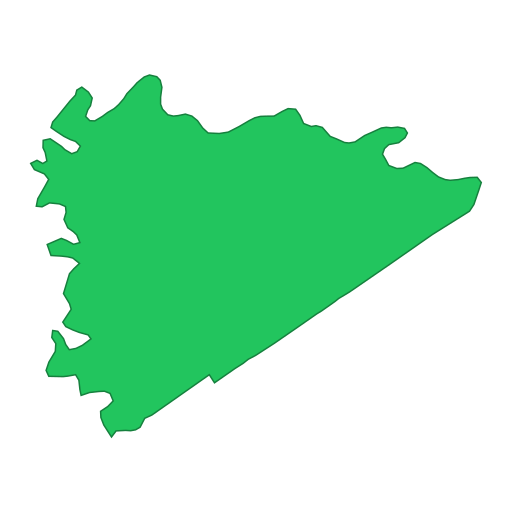 São João do Ivaí, Paraná, Brazil
{"feature_id": "56859067B54010938488243", "entity_name": "São João do Ivaí", "entity_type": "district", "adm_level": 2, "iso_a3": "BRA", "parent_name": "Brazil", "parent_adm1": "Paraná", "projection": "robinson", "projection_center": [-51.872, -24.002], "detail": "fine", "context": "isolated", "style": "filled", "palette": "green", "viewbox_px": 512, "rotation_deg": 0, "n_neighbors": 0, "source": "geoboundaries", "source_scale": "gbopen_adm2", "svg_char_len": 2392}
<svg xmlns="http://www.w3.org/2000/svg" viewBox="0 0 512 512"><path d="M111.5,437.0L116.1,430.9L125.5,430.4L130.7,430.7L135.6,429.8L140.1,427.2L144.7,418.3L151.9,415.0L209.3,374.7L214.5,382.8L235.0,368.5L243.3,363.2L248.2,359.3L255.6,355.4L274.3,343.3L297.2,327.5L316.7,313.9L321.6,310.9L334.8,301.6L338.8,298.4L349.3,292.1L390.0,264.1L432.4,234.5L469.5,211.2L473.9,204.5L478.9,189.8L481.3,182.5L477.2,177.3L470.0,177.5L464.5,178.3L458.2,179.6L450.2,180.3L445.2,179.6L438.4,176.9L432.5,172.4L426.9,167.6L420.5,163.5L415.0,162.5L403.1,168.2L396.8,168.5L388.8,165.5L385.6,159.5L382.5,154.2L384.5,148.6L388.8,144.6L398.7,142.7L405.0,137.7L407.4,133.0L404.5,128.4L397.7,127.1L391.4,127.8L386.2,127.3L381.3,128.0L371.3,132.6L364.7,135.5L355.1,141.9L349.0,143.0L344.5,142.5L336.5,138.9L330.2,136.4L322.3,127.4L316.0,125.7L311.3,126.5L303.6,123.5L299.9,115.3L295.6,109.2L288.1,108.6L282.3,111.4L274.1,116.1L265.9,116.2L260.4,116.4L254.8,117.8L249.1,120.7L239.2,126.5L228.3,132.1L219.3,133.5L208.1,133.0L202.7,128.0L197.5,120.7L191.9,116.1L185.4,114.1L178.2,115.6L173.4,116.1L167.8,114.8L162.5,109.2L160.6,104.2L160.6,97.1L161.9,87.3L160.2,80.3L156.8,76.7L149.5,75.0L144.2,77.0L137.2,82.6L133.8,86.5L126.9,93.7L123.8,98.7L118.7,104.6L114.1,108.7L107.6,112.5L102.4,116.4L94.8,120.9L89.8,120.7L85.6,116.4L87.8,109.8L90.5,105.7L92.2,98.0L88.4,92.1L81.8,87.1L76.8,90.1L75.5,95.1L70.0,101.0L57.0,117.1L52.7,122.0L51.0,127.6L56.1,131.2L64.0,136.4L70.4,139.6L75.5,141.4L80.4,146.1L77.2,151.7L71.7,153.7L64.9,149.7L61.5,146.4L54.4,141.6L50.2,138.8L43.2,140.3L43.0,147.7L45.2,152.5L46.9,161.0L42.8,163.5L37.0,160.3L30.7,163.4L34.4,169.6L44.4,173.9L48.7,179.4L44.9,186.4L37.8,198.7L36.3,206.2L42.1,206.8L49.5,202.9L59.4,203.9L65.5,206.5L66.1,212.4L64.0,219.4L67.8,227.8L73.4,231.7L76.8,235.0L79.9,242.6L73.6,244.3L66.4,240.4L61.3,238.4L47.2,244.5L51.0,255.5L61.5,256.1L67.6,256.8L72.7,258.0L79.5,263.4L73.9,268.7L69.5,273.7L63.5,293.6L69.5,303.6L71.2,309.3L62.8,322.1L65.8,326.6L72.7,329.9L79.2,332.4L88.1,334.9L91.0,338.9L82.4,345.3L76.0,348.4L69.3,349.7L65.7,344.5L63.5,338.6L57.8,331.3L52.7,330.5L51.8,337.5L55.8,343.6L55.3,351.4L48.9,362.1L46.1,370.4L48.8,376.3L63.2,376.6L67.8,376.1L75.6,374.7L78.9,380.2L79.9,389.5L81.1,395.4L89.6,392.5L98.7,391.5L104.4,391.2L110.1,393.4L113.2,400.9L107.8,406.5L100.6,411.3L100.9,417.5L103.8,425.0L111.5,437.0Z" fill="#22c55e" stroke="#15803d" stroke-width="1.5"/></svg>